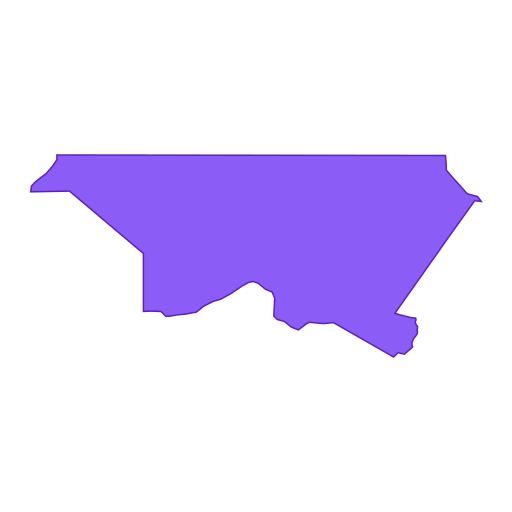 the district of Micomiseng, Kié-Ntem, Equatorial Guinea
{"feature_id": "11065452B35658646165921", "entity_name": "Micomiseng", "entity_type": "district", "adm_level": 2, "iso_a3": "GNQ", "parent_name": "Equatorial Guinea", "parent_adm1": "Kié-Ntem", "projection": "albers", "projection_center": [10.868, 2.052], "detail": "fine", "context": "isolated", "style": "filled", "palette": "violet", "viewbox_px": 512, "rotation_deg": 0, "n_neighbors": 0, "source": "geoboundaries", "source_scale": "gbopen_adm2", "svg_char_len": 1657}
<svg xmlns="http://www.w3.org/2000/svg" viewBox="0 0 512 512"><path d="M298.4,329.9L307.1,323.3L309.8,322.3L323.3,323.6L333.4,322.6L393.6,357.0L398.1,352.7L404.4,354.2L412.6,347.0L412.6,346.9L412.0,344.8L412.0,344.5L411.9,344.3L412.0,342.8L412.0,342.5L412.1,342.2L412.7,340.9L413.2,339.3L413.4,339.1L413.5,338.8L414.4,337.6L414.5,337.5L414.6,337.3L415.0,336.9L415.6,336.2L416.3,335.2L417.1,333.8L417.3,333.1L417.5,332.1L417.2,330.0L417.2,329.7L417.2,329.4L417.4,328.8L417.5,327.7L417.5,326.6L417.5,326.2L416.8,325.6L416.6,325.3L416.4,325.1L415.5,323.3L415.5,322.9L415.4,322.5L415.5,321.2L415.6,320.9L415.7,320.6L416.0,320.1L416.0,319.4L416.0,319.1L415.5,318.3L415.5,318.1L415.4,318.1L415.2,318.1L413.9,317.9L412.4,317.8L412.2,317.8L409.1,317.2L408.9,317.1L407.5,316.7L405.8,316.4L405.7,316.4L403.8,315.7L402.0,315.4L400.2,315.0L400.1,314.9L396.4,313.7L394.9,313.3L430.0,263.5L431.0,262.1L442.4,246.0L442.5,245.8L450.7,234.1L450.8,234.0L451.6,232.9L452.3,232.0L453.0,231.0L453.7,230.0L468.9,208.8L474.7,200.7L478.7,201.2L481.3,201.5L480.2,200.0L477.5,196.5L467.3,193.8L450.9,175.5L446.4,170.2L446.1,163.4L445.5,155.9L445.5,155.5L56.9,155.0L56.9,159.9L56.0,161.0L52.5,166.3L45.9,173.8L41.0,177.4L35.1,182.1L31.5,186.0L30.7,191.8L32.5,191.8L69.5,191.1L109.6,225.0L110.1,225.4L143.4,253.5L143.4,282.1L143.4,283.7L143.4,311.4L151.0,311.1L161.0,311.5L165.8,316.2L169.3,316.3L176.2,315.0L185.4,314.1L196.4,312.1L203.6,306.2L213.1,301.4L220.5,299.3L231.1,293.5L242.2,285.9L248.6,282.4L253.2,281.5L258.3,283.3L265.3,289.1L272.2,292.1L274.7,298.2L273.8,316.0L277.3,319.5L284.6,321.6L291.3,327.1L298.4,329.9Z" fill="#8b5cf6" stroke="#5b21b6" stroke-width="1.5"/></svg>